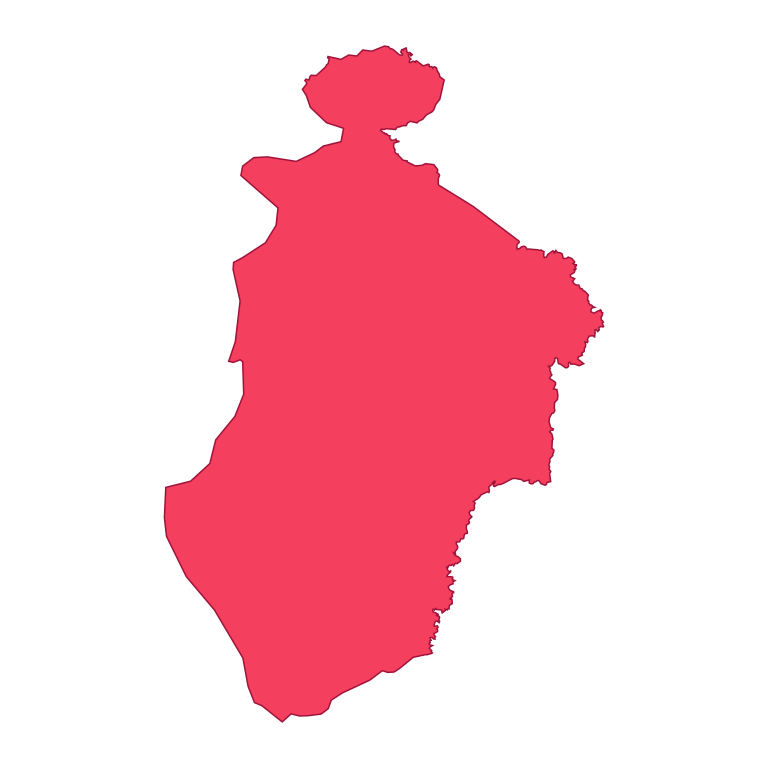 the district of Krachi East Municipal, Volta, Ghana
{"feature_id": "2480657B4921606442052", "entity_name": "Krachi East Municipal", "entity_type": "district", "adm_level": 2, "iso_a3": "GHA", "parent_name": "Ghana", "parent_adm1": "Volta", "projection": "orthographic", "projection_center": [0.372, 7.806], "detail": "fine", "context": "isolated", "style": "filled", "palette": "rose", "viewbox_px": 768, "rotation_deg": 0, "n_neighbors": 0, "source": "geoboundaries", "source_scale": "gbopen_adm2", "svg_char_len": 6067}
<svg xmlns="http://www.w3.org/2000/svg" viewBox="0 0 768 768"><path d="M590.2,305.0L588.5,302.7L588.8,301.1L587.7,300.5L587.7,297.3L588.4,295.1L584.7,291.1L583.0,290.5L582.4,289.0L580.1,288.3L578.8,285.1L576.6,285.1L574.1,283.8L572.6,281.4L574.7,278.7L570.4,276.8L570.4,274.9L574.3,272.4L574.9,270.7L574.0,269.9L575.8,269.3L576.0,268.4L575.0,268.3L574.9,267.1L576.5,265.6L576.3,264.7L574.4,264.7L573.0,263.5L574.5,262.7L574.6,261.7L571.8,258.5L568.2,257.1L566.2,258.5L563.3,258.3L562.1,253.8L560.0,252.7L557.4,252.4L555.9,250.5L554.7,253.1L554.0,253.0L554.1,251.5L552.9,250.8L547.7,254.5L546.3,257.2L544.3,257.5L543.7,255.9L544.0,251.7L541.1,250.0L539.0,250.4L537.9,249.8L528.4,249.0L527.1,249.4L525.6,246.9L523.9,246.2L521.3,246.9L519.8,248.4L517.2,249.3L516.8,246.1L517.5,243.8L519.1,242.7L519.1,241.2L473.1,206.4L439.1,185.4L438.3,184.4L438.3,178.5L439.6,175.4L438.8,173.8L436.8,172.5L437.6,171.3L437.6,169.5L433.8,164.6L425.4,163.7L422.0,165.3L415.3,165.9L407.3,162.0L407.1,160.8L403.2,160.3L398.0,155.0L398.2,154.2L396.3,153.8L394.8,151.9L395.0,149.5L393.6,147.1L393.9,143.1L399.5,141.4L396.6,140.8L395.9,139.1L395.3,139.9L391.6,140.3L389.6,138.1L390.1,135.9L388.1,135.5L386.5,133.7L385.3,134.1L384.4,132.8L383.3,132.7L380.8,130.4L381.3,129.2L384.1,129.5L386.2,128.7L395.6,129.5L396.8,127.7L398.4,126.7L399.3,127.0L402.8,125.7L406.3,125.6L407.4,123.2L410.1,121.3L417.1,122.9L418.7,121.2L422.7,119.3L426.3,115.0L432.2,111.7L433.8,109.8L435.8,104.4L439.8,99.3L444.2,80.0L439.8,76.7L439.3,74.1L437.2,70.7L436.5,67.9L434.7,66.8L432.9,67.3L432.8,68.0L431.7,66.6L429.5,66.8L429.0,66.3L429.3,65.0L428.3,64.2L423.2,65.9L416.5,60.8L415.1,61.4L415.3,62.3L413.1,61.1L410.2,62.6L409.2,62.2L409.8,60.0L411.0,59.1L409.1,57.3L408.3,54.9L410.2,54.5L410.9,55.9L412.3,54.7L409.9,52.5L407.9,52.7L407.0,52.1L406.2,48.0L404.0,48.7L403.3,50.0L402.7,49.5L401.6,49.8L400.8,52.1L402.6,54.5L401.7,55.4L399.3,54.8L392.9,49.3L390.2,48.5L388.4,46.7L384.4,46.1L371.8,51.2L362.7,50.0L357.0,56.0L348.7,55.0L341.0,59.4L328.0,56.5L327.7,57.8L329.2,58.9L328.1,63.7L326.5,65.0L325.7,66.8L316.3,75.5L311.1,75.3L310.0,76.5L308.9,80.0L305.8,79.2L304.9,80.5L306.6,82.6L306.4,84.3L302.4,89.3L306.3,95.5L310.4,107.4L326.5,122.7L343.6,128.3L341.0,141.7L323.4,146.0L314.6,152.7L296.2,161.4L267.5,156.9L253.8,157.6L242.6,166.2L240.9,175.5L278.0,207.9L276.1,225.3L265.4,242.8L242.6,257.6L233.6,262.4L233.1,269.5L240.1,301.0L235.3,341.8L228.7,361.3L233.3,362.4L240.2,359.8L242.7,361.7L243.7,394.2L234.9,416.4L215.7,439.9L209.8,463.6L190.6,481.2L165.8,487.4L164.4,517.5L166.5,536.3L186.3,576.6L214.4,609.9L242.9,658.0L248.1,686.4L254.5,702.6L261.9,705.7L282.2,721.9L291.1,713.9L299.8,716.0L307.9,715.7L321.0,714.1L328.2,708.7L331.3,700.1L342.4,692.9L369.8,680.1L382.3,670.7L387.8,672.4L394.1,672.0L399.5,668.5L413.2,657.3L425.8,654.6L427.2,654.7L432.0,653.3L432.4,652.7L431.2,651.8L431.6,650.6L429.3,648.3L429.9,647.1L432.5,645.5L430.0,645.0L429.4,644.3L429.2,643.5L430.2,642.8L429.8,640.7L431.1,640.3L430.0,637.8L432.0,637.3L433.6,639.0L435.0,639.1L434.7,637.6L435.5,636.6L434.3,635.2L433.9,633.6L437.6,631.6L437.5,629.7L436.7,628.7L438.1,627.3L437.3,625.8L434.6,626.3L434.0,625.4L435.2,621.6L436.2,621.0L437.3,621.2L439.1,622.7L439.7,621.2L438.8,620.4L439.6,617.1L439.0,616.2L437.2,616.0L436.4,615.2L436.7,614.7L438.0,615.1L438.2,614.4L435.4,612.6L433.8,612.4L432.7,610.9L432.9,609.3L434.2,609.4L434.5,610.0L435.7,608.6L436.0,609.4L441.5,610.0L442.2,612.9L445.3,610.5L445.0,609.2L447.4,609.9L447.6,609.0L449.0,609.0L449.3,605.4L452.3,603.6L451.9,599.4L450.2,599.2L450.2,598.0L451.4,597.8L452.5,596.3L452.0,593.9L452.5,593.0L453.7,592.8L453.5,591.7L450.4,590.5L448.7,588.5L448.2,586.7L450.0,585.0L453.1,583.8L452.9,581.6L455.0,580.7L452.3,579.4L452.8,577.3L452.2,576.9L446.9,576.5L447.8,574.4L450.6,572.1L450.6,571.0L449.3,571.6L447.8,570.4L447.2,568.6L448.0,567.3L446.3,567.6L449.6,565.1L451.0,565.5L452.6,564.3L453.7,565.8L455.1,563.5L457.1,563.6L460.4,561.2L460.4,558.8L458.5,557.0L455.1,555.4L453.7,553.0L455.4,553.7L455.0,551.8L457.5,548.5L457.7,546.5L456.3,543.9L456.3,542.1L459.7,541.8L460.9,538.7L462.6,538.9L463.7,538.4L464.3,534.6L465.9,533.3L467.3,533.4L467.4,531.7L466.3,528.7L466.4,525.2L469.0,523.5L469.5,522.1L468.7,520.8L469.2,519.3L471.7,517.1L471.8,516.4L470.2,515.4L469.1,512.6L470.5,510.6L473.5,510.3L474.6,508.0L474.1,505.8L475.1,503.1L473.4,501.5L478.5,498.2L481.4,494.6L487.3,491.9L488.9,492.5L489.4,490.8L488.7,487.0L491.7,484.4L493.5,481.7L494.8,481.1L495.1,482.1L493.6,484.1L493.4,485.5L493.7,486.2L494.7,486.5L498.3,484.5L500.2,484.6L503.4,483.3L512.2,478.7L515.1,478.4L521.5,479.6L523.9,481.4L529.4,480.0L529.2,482.9L531.0,483.8L533.0,483.7L534.2,482.1L535.9,481.7L536.6,480.8L538.8,480.5L541.1,483.8L545.2,485.2L546.4,484.5L547.1,482.5L550.7,481.6L549.6,473.6L550.8,471.6L549.0,468.9L549.7,466.6L548.7,465.0L549.9,461.7L549.8,458.9L552.8,455.5L552.7,454.1L553.6,452.4L553.9,450.0L551.9,448.3L552.3,440.3L553.0,439.2L552.4,436.3L551.7,433.6L549.5,431.9L551.1,430.4L553.0,430.1L553.4,429.0L550.8,427.7L549.0,421.9L549.5,417.8L551.8,413.5L553.6,412.9L554.8,410.7L554.3,407.5L554.6,402.5L557.4,399.6L557.9,395.3L556.9,389.5L553.5,389.0L555.7,384.1L555.4,382.3L549.7,378.5L549.8,377.5L551.9,374.9L550.7,373.4L550.7,371.8L549.7,370.7L550.2,368.1L548.5,366.3L550.5,366.2L552.0,365.3L554.7,361.3L554.8,358.7L555.4,357.7L557.5,358.5L558.4,363.6L560.9,364.4L565.5,367.8L567.3,367.6L568.5,366.4L568.5,363.3L569.2,362.2L570.2,362.7L570.7,364.1L574.6,364.1L579.0,365.7L583.7,363.7L577.9,359.1L578.2,357.2L582.4,355.1L581.8,353.0L584.2,351.5L584.4,348.3L585.3,347.2L585.7,345.0L585.0,341.9L587.3,342.6L587.9,341.3L587.4,339.0L589.3,336.1L592.8,335.7L594.6,336.9L595.2,332.4L594.8,330.0L595.9,329.4L597.7,331.5L599.3,329.9L598.8,328.1L599.1,327.2L601.5,326.5L603.0,327.0L603.6,326.5L602.3,323.5L602.5,322.6L603.3,322.3L602.5,320.7L601.5,320.3L601.1,317.1L602.1,315.8L602.8,312.9L601.4,312.1L601.3,310.6L600.2,309.8L599.3,310.8L597.9,311.0L594.1,313.2L591.1,311.9L590.9,309.9L591.9,308.0L594.6,307.3L593.1,306.7L591.4,305.0L590.2,305.0Z" fill="#f43f5e" stroke="#9f1239" stroke-width="1.5"/></svg>